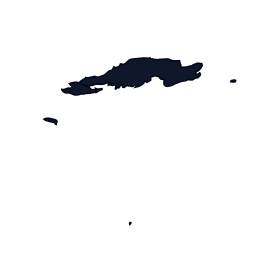 map outline of Malaita (orthographic projection), rotated 113°
{"feature_id": "SLB-1260", "entity_name": "Malaita", "entity_type": "Province", "adm_level": 1, "iso_a3": "SLB", "parent_name": "Solomon Islands", "parent_adm1": "", "projection": "orthographic", "projection_center": [161.217, -8.863], "detail": "fine", "context": "isolated", "style": "filled", "palette": "ink", "viewbox_px": 256, "rotation_deg": 113, "n_neighbors": 0, "source": "natural_earth", "source_scale": "10m", "svg_char_len": 3182}
<svg xmlns="http://www.w3.org/2000/svg" viewBox="0 0 256 256"><g transform="rotate(113 128 128)"><path d="M103.0,189.7L98.8,186.7L98.0,186.7L97.8,185.3L97.2,184.0L94.1,179.8L93.6,179.1L93.4,178.3L93.3,176.7L93.0,175.8L92.2,174.4L88.4,170.4L82.8,167.6L80.9,165.3L77.1,164.8L77.6,163.4L75.3,160.8L74.2,160.0L73.6,159.9L72.3,160.1L71.7,159.7L71.5,159.1L71.6,157.8L71.4,157.2L69.6,155.6L65.0,153.5L63.2,151.6L57.3,140.8L55.9,136.8L54.8,134.8L55.3,134.2L55.4,133.7L55.3,133.3L54.8,132.7L54.8,131.5L53.5,127.4L52.4,125.6L49.1,118.9L48.7,117.7L48.7,113.3L48.5,112.6L45.9,106.8L47.3,105.9L49.7,103.8L51.2,103.4L51.2,102.7L49.3,98.4L46.1,94.2L45.6,93.4L44.6,92.9L41.8,90.1L41.0,88.9L39.9,85.3L41.6,84.0L44.6,84.4L47.6,85.5L49.2,87.0L49.8,87.2L50.6,87.1L51.5,86.6L52.0,86.0L51.7,85.2L49.2,83.6L49.5,83.0L50.0,82.5L50.7,82.1L51.5,82.2L51.5,82.7L53.3,82.7L54.3,83.3L55.9,85.5L56.9,86.3L57.7,86.8L58.5,87.4L59.2,88.9L59.6,89.9L59.7,90.6L59.8,91.4L60.0,91.8L61.1,92.5L61.5,92.8L64.2,97.0L68.4,101.5L71.7,104.3L73.6,106.8L74.4,108.3L74.7,109.9L74.1,111.6L72.5,112.5L70.7,113.2L69.2,114.0L69.7,115.1L70.1,116.2L70.1,117.2L68.8,119.5L68.8,120.5L69.0,121.6L69.2,122.7L69.6,124.0L71.1,125.4L71.4,126.1L71.9,126.9L73.1,126.7L75.0,125.8L75.7,126.2L77.9,127.8L78.6,128.6L78.7,129.2L78.4,129.6L78.2,130.2L78.6,130.9L79.3,131.3L79.8,131.2L80.2,131.0L80.3,130.9L82.2,131.8L84.2,133.2L86.1,135.1L87.5,137.1L86.5,136.7L85.7,137.3L85.4,138.3L86.1,138.7L87.1,139.1L88.0,140.1L88.5,141.4L88.1,142.7L88.8,143.1L89.1,143.6L89.2,144.3L89.2,145.1L89.3,146.0L89.7,146.2L90.3,146.2L90.8,146.5L91.3,146.9L91.9,147.2L92.4,147.7L92.5,148.5L92.3,148.9L90.2,150.5L91.7,151.2L92.2,151.6L92.5,152.2L93.6,151.8L94.5,152.0L95.0,152.8L94.7,153.8L95.4,153.9L96.9,154.4L96.9,155.0L94.7,155.5L93.9,155.5L93.6,156.0L93.7,156.9L94.0,157.9L94.4,158.3L95.0,159.0L95.4,161.9L96.4,162.8L95.3,163.4L94.8,162.9L94.4,162.1L93.6,161.7L92.9,162.2L93.1,163.1L93.7,164.0L96.9,167.3L97.8,168.6L100.4,175.0L101.1,175.8L102.0,176.5L103.1,178.0L104.6,180.8L105.6,187.2L105.6,189.0L105.1,190.0L104.2,190.3L103.0,189.7ZM105.8,172.9L105.4,173.1L104.5,173.3L104.2,173.5L104.2,171.8L103.6,170.2L101.9,167.3L102.5,166.9L102.9,166.9L103.6,167.9L104.6,169.0L107.4,170.8L108.0,171.6L108.3,172.9L110.7,176.3L112.8,180.5L113.7,181.6L114.2,182.3L114.8,184.1L115.4,185.0L116.2,185.8L116.8,186.7L117.9,188.6L118.4,190.1L118.6,191.6L118.5,194.5L118.7,195.9L119.9,198.6L120.1,200.4L119.7,202.3L118.9,203.7L118.2,204.0L117.9,202.3L114.6,198.7L113.8,196.7L113.3,195.8L112.4,195.3L111.5,195.6L110.9,197.9L110.1,199.3L108.8,197.9L107.4,196.0L106.2,194.0L105.7,192.3L105.7,187.3L105.7,182.5L105.6,180.7L105.6,179.7L106.9,177.3L106.7,176.0L106.0,174.6L105.8,172.9ZM152.7,208.8L151.6,207.9L150.5,206.0L149.7,203.9L148.8,198.1L148.9,197.1L149.7,195.8L150.7,195.7L151.7,195.8L152.7,195.4L152.8,196.1L152.7,196.5L152.2,197.1L152.0,197.7L151.9,197.9L151.6,198.2L152.1,199.3L153.1,206.1L153.1,207.5L152.7,208.8ZM44.3,48.5L45.3,51.4L44.7,51.6L44.0,51.5L42.5,49.3L42.0,48.3L42.4,47.3L43.3,47.2L43.8,47.6L44.3,48.5ZM214.5,89.4L213.9,88.6L214.2,88.2L215.1,88.3L216.1,88.6L215.8,88.9L215.4,89.1L215.0,89.3L214.5,89.4Z" fill="#0f172a" stroke="#020617" stroke-width="1.5"/></g></svg>